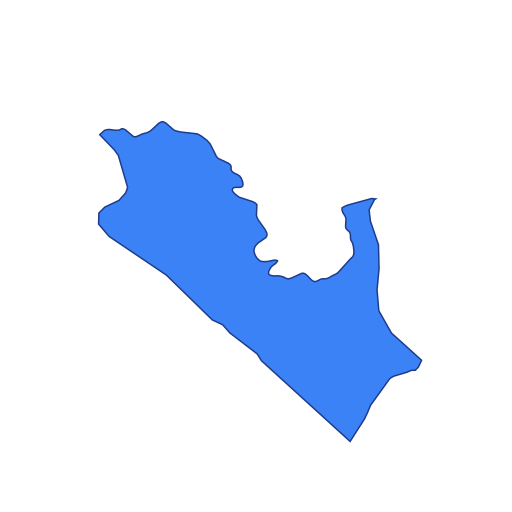 map outline of Haifa (Robinson projection), rotated 301°
{"feature_id": "ISR-3054", "entity_name": "Haifa", "entity_type": "District", "adm_level": 1, "iso_a3": "ISR", "parent_name": "Israel", "parent_adm1": "", "projection": "robinson", "projection_center": [35.08, 32.637], "detail": "fine", "context": "isolated", "style": "filled", "palette": "blue", "viewbox_px": 512, "rotation_deg": 301, "n_neighbors": 0, "source": "natural_earth", "source_scale": "10m", "svg_char_len": 2634}
<svg xmlns="http://www.w3.org/2000/svg" viewBox="0 0 512 512"><g transform="rotate(301 256 256)"><path d="M366.5,329.1L365.4,328.5L353.8,329.2L344.8,336.1L328.7,355.2L308.7,367.9L289.3,377.2L272.3,389.5L259.7,411.8L251.9,451.6L251.6,451.7L244.6,452.4L240.1,451.4L239.4,450.3L238.7,449.2L237.9,448.0L236.6,447.0L234.5,445.6L224.3,436.3L221.6,434.6L219.5,433.8L187.4,431.1L181.2,431.9L179.8,432.2L172.4,432.9L145.8,432.2L145.5,432.2L149.0,414.7L169.0,314.7L172.7,307.3L176.6,273.1L179.9,262.8L178.7,251.5L193.5,188.9L197.1,120.1L202.3,104.6L211.9,99.2L220.0,101.2L233.1,109.9L243.0,111.8L248.7,110.6L271.3,86.2L274.1,79.7L279.5,59.6L280.9,60.0L285.5,61.4L287.2,62.8L288.8,64.9L291.1,70.1L292.4,72.4L293.5,73.9L296.1,75.5L296.7,77.1L296.9,79.4L295.3,88.9L295.6,90.4L296.6,91.9L301.9,95.6L303.7,97.2L304.6,98.2L306.6,99.8L307.6,100.5L310.0,101.5L319.5,104.2L321.8,105.5L322.8,106.3L323.4,108.0L323.5,110.4L321.8,119.9L321.7,121.5L322.4,124.3L323.7,128.0L330.4,142.6L330.6,144.8L330.6,147.9L329.9,154.1L329.1,157.0L328.4,159.1L322.0,169.2L321.9,169.2L321.3,170.1L320.4,172.3L320.2,173.7L321.3,184.5L321.0,186.9L320.1,188.4L316.9,190.4L316.2,191.9L315.8,193.9L316.2,197.8L316.2,199.5L316.1,201.0L315.1,203.2L313.6,205.3L311.9,207.1L310.9,207.8L309.8,208.4L308.7,208.4L307.6,207.9L306.8,207.1L306.0,206.0L304.1,202.8L303.2,201.9L302.2,201.3L301.0,201.4L300.0,202.0L299.3,203.0L298.4,205.6L297.8,210.2L297.8,211.6L300.9,225.2L301.0,228.4L300.5,230.3L291.3,235.3L290.4,236.1L289.6,237.0L288.2,239.1L283.4,250.1L281.4,253.3L280.4,254.1L279.3,254.8L278.0,255.0L276.7,254.9L268.3,251.1L265.5,250.5L263.9,250.3L262.4,250.5L261.0,250.9L259.8,251.4L258.8,252.0L257.0,253.9L256.3,254.9L255.0,257.1L254.6,258.3L254.0,261.2L253.9,262.7L255.0,265.2L256.9,268.3L262.0,273.9L263.0,276.1L262.8,277.1L259.9,276.7L256.3,275.2L254.5,274.7L253.1,274.6L250.1,274.7L248.8,275.1L247.6,275.7L246.9,276.7L246.9,278.4L247.8,281.0L250.6,285.5L251.6,288.2L252.2,290.4L252.2,292.0L252.4,293.5L252.8,294.8L253.3,295.9L256.0,298.2L264.6,304.0L265.6,305.4L266.0,307.0L265.6,310.1L264.1,315.5L263.9,317.0L264.0,318.4L264.4,319.7L265.5,320.9L269.7,323.6L270.9,325.0L271.7,326.5L272.9,328.1L274.8,329.6L278.9,331.9L281.0,333.4L283.9,334.8L302.6,338.5L303.9,338.9L305.3,339.3L307.3,339.0L309.9,337.9L314.2,334.7L316.1,332.8L317.4,331.2L318.0,330.0L318.6,329.0L319.7,328.0L323.2,325.7L324.3,324.4L325.0,323.0L325.2,321.5L325.5,320.2L326.0,318.9L326.9,318.0L327.9,317.3L333.7,314.3L334.7,313.5L335.5,312.6L336.2,311.5L338.0,308.0L339.6,306.2L340.6,305.5L341.7,305.0L344.6,306.7L346.7,308.2L364.9,325.6L366.5,329.1Z" fill="#3b82f6" stroke="#1e3a8a" stroke-width="1.5"/></g></svg>